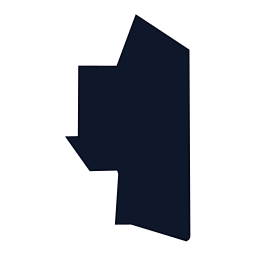 Fada, Ennedi, Chad
{"feature_id": "50815135B99861554638026", "entity_name": "Fada", "entity_type": "district", "adm_level": 2, "iso_a3": "TCD", "parent_name": "Chad", "parent_adm1": "Ennedi", "projection": "equal_earth", "projection_center": [20.845, 18.83], "detail": "fine", "context": "isolated", "style": "filled", "palette": "ink", "viewbox_px": 256, "rotation_deg": 0, "n_neighbors": 0, "source": "geoboundaries", "source_scale": "gbopen_adm2", "svg_char_len": 327}
<svg xmlns="http://www.w3.org/2000/svg" viewBox="0 0 256 256"><path d="M115.7,223.9L131.1,223.8L186.4,240.6L188.8,238.8L189.6,236.4L188.7,50.1L136.1,15.4L117.1,66.5L79.0,66.4L78.6,136.9L66.4,137.1L85.6,164.1L90.1,170.4L117.8,169.8L119.0,174.1L115.7,223.9L115.7,223.9Z" fill="#0f172a" stroke="#020617" stroke-width="1.5"/></svg>